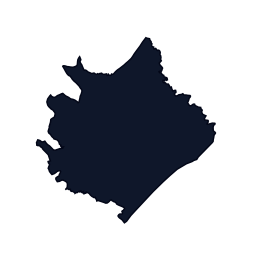 the district of Pujehun, Southern, Sierra Leone, rotated 287°
{"feature_id": "65957751B2614126839094", "entity_name": "Pujehun", "entity_type": "district", "adm_level": 2, "iso_a3": "SLE", "parent_name": "Sierra Leone", "parent_adm1": "Southern", "projection": "albers", "projection_center": [-11.562, 7.3], "detail": "fine", "context": "isolated", "style": "filled", "palette": "ink", "viewbox_px": 256, "rotation_deg": 287, "n_neighbors": 0, "source": "geoboundaries", "source_scale": "gbopen_adm2", "svg_char_len": 5734}
<svg xmlns="http://www.w3.org/2000/svg" viewBox="0 0 256 256"><g transform="rotate(287 128 128)"><path d="M219.6,118.7L214.1,116.7L209.7,115.5L205.6,114.0L201.0,112.4L198.0,111.6L195.5,110.8L191.6,108.6L189.3,107.1L187.2,105.9L185.2,104.5L182.9,102.9L180.5,101.0L178.2,99.6L176.4,98.8L175.2,98.3L174.8,97.5L174.8,96.5L174.0,96.4L173.3,96.1L173.1,95.5L173.0,94.4L173.5,93.7L172.8,93.7L172.2,92.8L172.9,92.1L173.5,91.8L173.1,91.0L172.4,89.7L172.1,88.6L172.2,87.6L172.7,86.8L171.8,85.0L171.0,84.3L170.7,83.8L171.1,83.2L170.6,82.7L170.0,81.9L170.0,81.3L170.5,80.0L170.6,79.4L169.8,78.0L169.4,76.8L169.8,75.2L169.7,74.0L170.6,71.8L171.0,70.6L170.4,69.4L171.4,68.2L173.6,66.3L174.9,65.3L175.9,64.0L176.7,63.2L177.3,62.7L178.4,62.8L179.5,62.9L180.6,62.1L182.0,60.9L180.9,60.5L178.8,60.1L177.1,60.3L174.8,60.8L173.4,61.0L172.4,60.7L171.4,59.6L170.6,58.6L169.9,57.3L169.5,55.3L169.2,53.1L168.9,51.7L169.0,50.3L168.8,48.6L168.5,47.8L167.9,47.6L165.9,49.8L165.3,50.4L163.9,51.8L162.2,53.7L161.6,54.6L161.1,55.5L160.8,56.4L160.8,57.3L159.5,59.2L158.3,60.6L157.0,62.8L156.2,64.8L155.1,66.8L153.7,69.2L152.5,70.5L152.0,71.2L151.6,71.9L150.8,72.7L150.2,73.1L149.1,73.3L146.2,73.3L145.1,73.1L143.9,73.1L142.6,73.3L141.0,73.4L139.3,73.5L138.5,73.5L137.6,72.8L138.3,71.7L139.1,69.1L139.3,67.1L139.1,65.0L139.3,63.9L139.9,62.4L140.2,60.6L140.5,58.8L141.2,57.3L142.0,55.5L141.1,54.2L140.1,53.2L138.3,51.0L137.2,50.2L136.4,49.7L135.7,48.5L135.6,47.1L136.0,45.5L136.9,44.4L136.0,43.9L132.3,42.7L129.2,42.8L126.5,44.5L125.3,45.9L124.6,47.3L123.7,48.9L123.2,51.0L122.3,52.2L121.2,53.8L119.7,54.3L117.8,54.4L116.5,54.2L115.3,52.9L113.6,51.7L110.9,52.2L108.1,52.2L106.4,52.2L105.8,52.6L101.6,52.6L100.1,53.6L99.1,55.9L98.2,56.9L97.3,58.2L96.7,59.6L95.9,60.5L96.0,61.6L95.9,63.1L95.9,63.9L95.0,65.3L94.0,66.3L92.5,67.2L92.2,68.1L92.2,68.6L91.0,69.0L91.0,69.7L90.5,70.1L91.1,71.8L89.6,71.5L88.8,69.5L87.2,67.3L86.4,66.1L85.5,65.0L85.2,63.2L86.3,61.2L87.9,58.3L88.6,56.0L89.5,54.4L91.1,52.3L89.8,50.7L89.6,49.4L90.3,47.3L90.3,45.2L87.3,44.8L86.0,45.4L84.9,45.8L84.8,47.2L85.5,48.2L84.5,49.8L84.2,50.9L84.2,51.6L83.2,52.3L82.2,53.9L79.9,58.2L79.1,59.6L77.7,60.6L75.4,62.2L73.9,63.4L72.6,61.4L71.4,62.1L70.5,63.5L69.1,63.7L67.7,63.5L66.1,63.5L65.2,64.5L63.9,65.3L63.2,66.0L61.8,68.0L61.3,68.9L62.9,70.9L64.3,72.0L65.7,72.9L66.7,74.0L67.3,75.8L66.8,76.3L64.6,76.3L63.7,75.9L62.7,76.0L61.8,76.0L61.1,75.1L60.5,74.6L59.2,73.7L58.1,73.9L57.2,74.7L56.0,76.1L57.0,78.1L58.7,79.8L59.2,81.1L58.9,83.1L58.6,84.3L58.1,85.6L56.5,86.5L54.1,87.1L52.9,87.1L50.8,86.1L51.1,86.5L51.9,86.7L52.0,87.7L52.2,88.2L52.2,88.6L51.9,89.3L52.1,89.7L52.4,90.1L52.5,90.8L51.9,90.9L51.5,91.4L51.1,91.6L51.1,92.1L50.9,92.5L51.1,93.0L51.2,93.5L51.0,94.6L50.8,95.2L50.6,96.0L50.0,96.4L50.4,96.7L50.9,97.0L51.2,97.4L51.2,98.0L51.6,98.5L52.7,99.2L53.3,100.1L52.8,100.5L53.2,101.0L53.7,101.0L54.1,101.2L54.0,101.6L53.6,101.9L53.1,102.0L53.0,102.5L53.4,103.0L53.9,103.6L52.8,103.4L52.7,104.7L52.2,105.1L52.6,105.6L53.2,105.6L53.2,106.2L53.3,106.7L54.0,106.5L54.6,106.7L54.1,110.0L53.0,111.5L52.1,113.4L51.5,116.0L52.2,117.0L51.5,117.5L50.1,118.9L49.1,119.5L49.9,120.6L49.9,123.3L49.8,127.6L49.6,128.2L50.1,129.9L50.7,130.4L51.5,131.0L52.5,131.6L53.2,131.8L53.5,131.9L54.0,132.5L54.3,133.3L54.0,133.9L53.8,134.1L53.8,134.4L53.4,135.9L53.4,137.3L52.9,138.5L52.0,139.4L51.6,141.2L51.3,144.2L51.2,145.3L50.8,147.5L49.9,148.3L49.0,148.0L47.6,147.5L47.1,146.8L46.5,146.6L46.4,146.6L45.3,147.5L44.4,147.7L43.7,146.9L43.4,145.4L42.5,144.6L41.3,144.2L41.0,144.2L40.6,144.5L40.2,145.0L39.6,146.0L38.5,149.2L37.5,150.6L36.3,152.3L38.4,153.9L45.2,156.3L53.5,160.3L74.6,170.6L86.9,177.3L94.9,182.0L103.0,187.1L110.9,194.3L114.6,199.0L116.3,200.5L118.0,202.9L120.8,203.6L135.7,211.3L138.4,212.7L140.0,213.3L141.9,212.9L144.2,212.7L144.5,212.6L146.8,212.4L147.9,213.0L148.8,213.1L149.5,212.3L149.7,211.4L150.1,210.9L150.2,210.6L150.7,210.2L153.4,209.2L153.7,209.2L154.8,209.1L156.2,209.3L156.7,209.9L157.5,210.0L157.9,209.6L157.3,207.2L155.2,203.9L154.8,203.2L155.0,202.4L157.3,202.9L158.6,202.4L158.6,201.7L158.1,199.3L159.2,198.3L161.0,198.6L162.4,199.0L162.7,196.8L162.9,195.4L163.4,195.0L164.4,194.0L165.0,193.9L165.6,193.5L166.4,193.8L167.0,193.5L167.5,192.5L168.3,191.7L168.9,191.5L168.5,189.0L168.9,187.1L168.9,186.5L169.1,185.5L170.2,184.8L170.2,184.1L169.7,183.3L169.3,183.0L167.8,181.9L167.5,181.5L167.5,180.4L167.9,179.5L168.6,178.8L169.2,177.9L169.7,177.6L170.7,177.7L171.7,177.8L173.0,177.9L173.6,177.7L174.3,177.8L175.5,178.3L176.2,178.5L176.9,178.3L177.2,177.8L176.7,175.6L176.5,173.8L175.9,172.0L176.8,170.4L175.7,169.3L175.4,168.6L174.8,167.2L174.3,166.5L173.4,166.0L172.9,165.0L172.5,164.4L172.6,163.9L173.9,162.5L174.4,162.4L174.9,162.6L176.0,163.4L177.0,163.1L177.9,162.5L177.7,161.8L177.2,161.0L176.3,160.4L176.5,160.0L177.8,158.8L178.7,158.1L179.8,157.5L179.1,156.7L180.6,155.1L181.4,154.2L181.8,153.6L181.3,152.3L181.4,151.6L181.9,151.0L182.3,149.7L181.9,149.2L181.8,148.7L182.1,148.2L183.7,147.4L184.0,147.9L183.7,148.8L184.0,149.4L184.6,149.5L185.9,149.2L186.7,149.9L185.0,151.0L185.6,151.6L186.6,151.1L187.4,150.4L187.5,147.4L188.8,146.8L188.9,145.4L189.5,144.7L189.9,144.0L190.6,143.4L190.1,142.3L190.3,141.7L190.9,141.6L191.1,141.3L191.9,142.3L191.8,143.2L192.8,143.5L193.9,143.4L194.9,143.6L195.7,143.3L196.9,141.5L197.3,140.6L198.2,139.6L199.3,138.9L200.7,139.6L202.0,140.2L203.3,139.0L204.7,139.0L205.8,138.5L206.4,138.3L207.0,137.7L207.6,136.9L208.7,136.9L209.7,136.7L210.7,136.0L211.3,135.1L211.3,134.2L210.7,133.5L211.3,132.5L212.2,131.2L211.9,130.7L211.1,130.2L211.1,129.6L211.9,129.1L212.9,128.9L212.9,128.1L213.1,126.9L214.2,126.3L215.5,126.3L216.3,125.2L217.4,124.8L218.3,123.4L219.7,122.5L219.4,119.6L219.6,118.7Z" fill="#0f172a" stroke="#020617" stroke-width="1.5"/></g></svg>